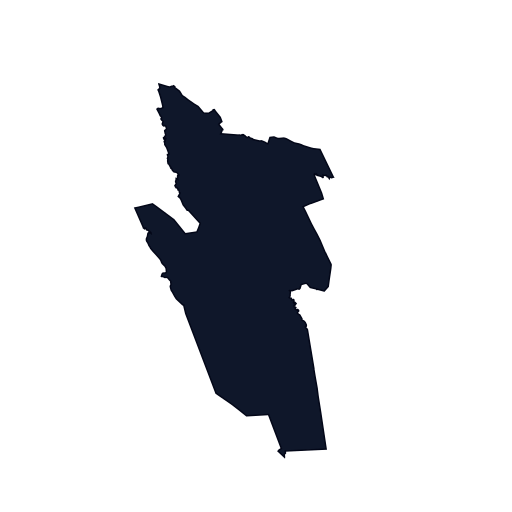 Jaunannas pag., Aluksne, Latvia (Equal Earth projection), rotated 52°
{"feature_id": "27541924B81808948627950", "entity_name": "Jaunannas pag.", "entity_type": "district", "adm_level": 2, "iso_a3": "LVA", "parent_name": "Latvia", "parent_adm1": "Aluksne", "projection": "equal_earth", "projection_center": [27.083, 57.287], "detail": "fine", "context": "isolated", "style": "filled", "palette": "ink", "viewbox_px": 512, "rotation_deg": 52, "n_neighbors": 0, "source": "geoboundaries", "source_scale": "gbopen_adm2", "svg_char_len": 6033}
<svg xmlns="http://www.w3.org/2000/svg" viewBox="0 0 512 512"><g transform="rotate(52 256 256)"><path d="M258.1,346.8L339.6,372.0L357.4,366.4L366.0,364.2L376.1,361.8L388.6,343.7L423.3,354.5L423.1,357.6L423.4,358.1L423.4,358.7L432.0,357.4L431.9,357.3L429.7,355.9L429.5,354.2L427.7,353.0L429.5,350.4L451.3,319.6L419.5,301.6L404.9,293.5L397.7,289.2L386.8,283.4L379.7,279.5L379.8,279.4L345.8,260.9L345.2,260.7L343.2,261.0L342.5,260.9L342.0,260.5L342.4,260.0L342.3,259.7L341.6,259.0L341.0,258.7L338.8,258.2L337.3,258.2L336.1,258.6L335.3,259.1L334.8,259.2L334.0,258.8L333.8,258.5L333.4,258.4L329.4,257.8L329.1,257.9L328.6,258.2L326.8,258.6L326.2,258.3L325.6,256.8L325.7,256.4L325.6,256.2L325.0,255.9L324.2,256.0L323.8,256.1L323.7,256.4L324.1,256.7L324.1,257.1L322.8,257.5L322.3,257.8L321.8,257.7L321.4,257.2L321.4,256.6L321.3,256.4L320.7,256.4L320.2,256.7L320.0,257.1L319.8,257.3L318.9,257.1L318.5,256.7L318.7,255.8L318.7,255.2L318.4,254.7L318.2,253.7L316.7,253.8L316.2,254.0L317.4,254.6L317.8,255.1L317.2,255.4L316.0,255.4L315.7,255.2L314.6,253.7L314.3,253.4L313.8,253.2L313.4,253.2L313.2,253.5L313.0,254.6L312.7,254.9L312.3,254.9L311.2,254.2L310.9,254.3L309.7,255.5L309.2,255.5L308.6,254.0L308.1,253.4L307.2,252.8L305.9,251.4L305.3,251.0L303.8,251.0L303.8,250.8L304.4,250.4L305.6,248.9L306.8,245.4L307.4,243.4L308.7,242.4L308.6,241.3L306.3,238.0L306.3,237.9L308.0,233.8L308.8,233.0L309.1,232.8L314.2,232.6L318.8,228.9L319.9,228.6L320.0,228.0L325.6,223.8L324.5,217.9L319.8,213.1L312.0,204.9L309.5,202.5L308.8,202.0L300.1,200.2L296.7,199.4L296.6,199.6L283.1,195.9L276.5,194.6L270.3,193.6L264.7,192.6L251.3,189.6L246.1,188.6L247.9,181.3L248.5,179.9L251.8,169.5L252.4,167.8L246.8,165.6L229.6,160.8L227.3,159.8L227.3,159.0L228.2,159.0L228.8,158.7L228.6,158.6L229.0,158.2L230.1,158.1L230.1,157.9L229.6,157.7L230.9,157.5L232.7,156.1L233.3,155.7L235.3,155.0L235.3,154.6L234.1,153.9L234.0,153.3L233.7,153.2L234.4,152.8L234.6,152.4L235.2,151.8L235.1,151.7L235.3,151.1L235.5,150.9L236.1,150.8L237.0,151.1L237.4,151.1L237.8,150.8L237.9,150.3L238.0,150.2L239.3,150.3L239.8,150.6L240.1,150.6L239.6,149.9L239.5,149.6L239.5,149.3L239.8,148.8L240.5,148.5L241.0,148.1L241.0,147.6L241.5,146.5L241.4,146.5L211.4,140.0L206.9,144.6L204.8,146.3L198.3,150.8L196.3,151.8L194.4,153.0L190.4,156.3L186.8,158.0L182.6,159.8L181.3,160.6L180.2,161.5L178.0,164.9L176.8,166.5L174.9,167.7L173.8,168.2L173.2,168.7L171.2,172.0L174.9,177.5L173.9,178.2L171.9,178.9L168.7,180.7L167.7,182.3L162.5,186.5L161.8,186.5L160.7,187.0L160.4,187.3L160.3,187.6L159.9,187.9L158.3,188.1L157.6,188.4L157.4,188.6L157.5,189.6L157.3,190.0L157.1,190.2L156.2,190.3L156.0,190.6L155.7,190.8L155.3,190.8L154.6,190.6L154.1,190.8L153.7,191.1L152.8,191.1L152.7,191.4L152.4,191.6L152.7,192.0L152.1,192.2L151.8,192.4L151.8,192.6L152.2,192.9L152.2,193.0L151.5,193.5L151.5,193.8L151.4,194.0L150.5,194.5L149.7,195.7L137.9,208.6L136.9,206.5L135.9,205.3L135.9,205.1L136.1,204.4L135.6,204.2L134.1,204.3L129.2,204.3L129.0,201.0L129.1,200.2L124.7,198.8L116.8,198.9L115.0,198.7L114.5,199.5L114.5,200.1L115.1,200.5L114.8,201.7L114.4,205.4L111.5,209.0L110.8,209.3L107.4,209.4L102.5,209.6L98.1,211.3L91.2,213.4L87.0,214.4L87.0,214.5L84.1,215.4L79.0,214.8L73.0,216.4L72.7,215.8L71.1,216.1L70.7,217.8L70.3,218.0L70.0,219.0L70.1,219.3L69.6,220.1L67.9,221.5L60.7,226.6L61.4,227.0L62.4,227.2L64.6,228.5L64.8,230.9L66.3,231.2L71.8,233.2L79.6,236.7L81.8,237.9L81.8,238.1L81.6,238.3L81.5,239.8L80.4,241.3L79.3,242.2L79.3,243.6L83.8,244.4L86.6,245.1L87.6,244.9L88.4,245.0L89.0,245.3L89.2,245.7L89.3,246.3L89.5,246.5L89.8,246.6L90.8,246.6L92.0,246.4L92.9,246.3L93.1,246.9L93.6,247.7L93.9,248.0L94.1,248.5L94.5,248.7L95.8,248.9L96.5,248.7L96.9,248.5L97.1,247.6L97.5,247.2L98.3,247.2L100.3,248.0L100.6,248.2L100.9,248.6L101.0,249.0L100.9,250.3L101.0,250.8L101.3,251.0L102.5,251.5L103.1,251.9L104.4,252.3L105.2,252.8L105.6,253.2L105.7,253.8L105.4,254.4L105.8,254.8L106.2,255.0L106.7,254.9L107.8,254.6L108.2,255.0L108.0,255.4L107.5,255.7L106.0,256.0L105.9,256.1L106.0,256.2L107.4,256.6L108.6,256.2L108.9,256.3L109.4,256.6L109.7,256.9L109.1,257.5L109.2,257.8L111.3,258.6L111.8,259.1L112.1,259.3L115.4,259.6L116.8,260.0L121.6,261.6L122.1,262.1L121.5,263.3L122.6,263.9L123.8,264.2L124.1,265.0L124.5,265.7L125.5,265.9L126.7,267.1L129.1,268.4L129.5,268.1L132.3,268.4L132.8,268.7L133.9,268.4L134.3,269.0L136.0,268.7L137.0,269.1L139.3,268.8L139.9,268.0L140.2,268.0L140.4,267.5L142.4,266.7L143.2,267.0L144.4,266.7L144.5,267.0L145.1,267.3L144.9,267.7L144.4,267.7L144.3,268.1L144.7,268.6L146.2,269.5L146.1,269.8L146.5,270.2L147.3,270.5L145.8,271.2L147.3,272.5L147.4,273.1L148.1,273.7L149.8,274.1L150.6,276.5L151.2,276.5L151.5,276.8L152.1,276.9L152.4,276.7L153.1,276.9L153.5,276.5L154.5,276.1L155.2,276.3L155.8,276.8L156.5,276.4L156.8,276.3L157.6,276.5L158.4,277.1L159.1,277.2L159.5,277.0L159.8,277.3L161.2,280.6L161.8,280.5L161.6,280.1L165.2,280.3L170.9,281.9L175.1,281.9L177.4,282.1L177.6,282.0L178.3,281.2L178.7,281.1L195.9,279.8L198.4,283.7L200.7,287.8L194.9,298.1L176.5,298.4L176.1,298.6L156.3,304.0L151.2,305.5L145.3,318.5L143.6,321.9L163.9,327.1L164.4,327.4L164.7,327.2L165.1,327.3L165.9,327.1L165.8,326.8L165.7,326.6L166.0,326.4L165.8,326.0L166.0,325.7L168.0,326.1L168.3,326.0L169.3,325.1L170.8,325.1L171.3,324.6L172.1,324.6L172.7,324.4L173.1,324.4L173.8,324.8L172.8,325.2L172.1,325.8L171.5,326.5L171.5,326.8L171.6,327.1L171.9,327.5L173.7,329.5L174.6,331.1L175.1,331.9L176.2,332.7L177.1,333.0L178.7,333.1L180.2,333.4L181.9,333.9L183.7,334.0L185.2,334.3L188.8,334.2L193.5,333.8L199.0,333.5L200.7,333.6L202.9,334.3L204.2,334.5L208.1,334.0L210.2,334.4L210.8,334.6L211.9,335.4L212.9,336.0L213.4,336.4L213.6,337.0L213.7,337.5L213.4,338.2L212.5,339.4L212.2,340.1L212.2,340.5L212.7,341.5L213.8,343.1L214.1,343.0L214.5,342.4L215.2,341.8L216.7,341.1L217.9,339.5L218.5,339.0L221.7,338.9L222.9,338.7L223.8,338.9L224.4,339.5L225.8,340.2L226.2,340.6L227.0,342.1L227.6,342.5L230.6,343.8L231.1,343.9L232.8,344.0L237.6,344.8L240.7,345.1L249.3,343.8L249.7,343.6L250.0,343.1L258.1,346.8Z" fill="#0f172a" stroke="#020617" stroke-width="1.5"/></g></svg>